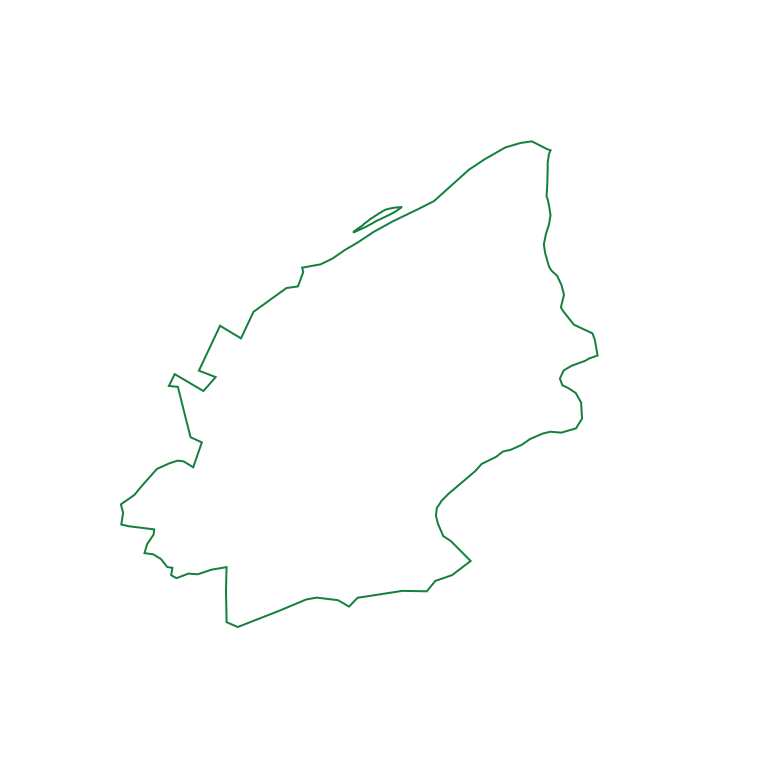 the district of Giza, Al Jizah, Egypt, rotated 295°
{"feature_id": "37247803B59036266241246", "entity_name": "Giza", "entity_type": "district", "adm_level": 2, "iso_a3": "EGY", "parent_name": "Egypt", "parent_adm1": "Al Jizah", "projection": "albers", "projection_center": [31.23, 29.943], "detail": "fine", "context": "isolated", "style": "outline", "palette": "green", "viewbox_px": 768, "rotation_deg": 295, "n_neighbors": 0, "source": "geoboundaries", "source_scale": "gbopen_adm2", "svg_char_len": 3839}
<svg xmlns="http://www.w3.org/2000/svg" viewBox="0 0 768 768"><g transform="rotate(295 384 384)"><path d="M101.6,342.0L101.9,354.1L133.7,384.4L155.9,404.6L162.0,413.4L168.6,433.6L167.5,446.4L179.1,450.4L204.3,488.1L214.2,510.4L227.2,513.7L239.6,526.5L260.2,537.3L269.9,511.0L271.2,502.0L280.2,491.9L286.5,486.8L294.2,484.2L298.6,485.1L302.0,485.4L311.8,488.9L313.2,489.5L328.1,496.4L341.3,502.4L343.8,503.6L352.7,506.2L365.4,516.4L373.0,520.3L378.0,526.7L385.5,533.2L386.9,534.4L395.8,539.6L406.0,548.6L411.1,555.0L414.8,565.2L425.0,576.8L427.1,577.0L436.4,578.1L442.2,574.9L450.5,570.5L456.9,561.5L458.2,552.6L458.2,546.2L463.3,541.1L472.2,541.1L479.8,546.3L484.9,551.4L490.0,556.5L493.8,559.1L500.1,565.5L512.9,556.6L518.0,551.5L518.0,542.6L518.0,531.1L525.7,515.7L528.3,511.9L541.0,509.4L548.7,503.0L555.1,495.4L557.6,487.7L560.2,483.9L570.4,475.0L578.0,469.9L582.1,468.9L588.2,467.4L598.4,466.1L607.3,463.6L615.0,458.5L620.1,454.7L622.6,452.1L632.0,448.4L635.4,447.0L639.3,445.3L644.2,443.1L647.9,441.6L652.0,439.6L653.7,438.9L657.7,437.6L662.3,436.3L666.2,436.2L665.8,432.8L666.4,415.5L660.2,405.9L649.7,394.0L630.6,380.5L614.1,370.4L592.5,361.2L586.4,358.6L570.9,352.0L556.9,341.0L535.1,323.2L517.7,310.5L501.2,300.4L489.1,292.0L476.1,284.4L475.7,284.1L475.4,283.9L475.2,283.7L465.6,275.9L456.0,262.3L454.9,260.6L451.4,263.5L436.1,264.8L429.7,255.0L414.5,246.5L394.2,235.2L364.9,235.1L367.5,210.8L317.9,210.6L319.1,228.5L301.3,223.3L304.5,190.1L291.3,189.9L294.3,198.4L269.5,218.5L254.0,231.2L254.1,243.6L227.9,246.3L229.2,235.0L227.3,229.3L221.1,222.7L211.0,214.1L205.0,212.3L200.0,210.8L195.7,209.5L188.6,207.4L183.2,206.0L178.4,204.8L171.8,201.1L168.6,199.2L163.7,196.4L162.4,197.5L158.8,200.5L157.1,202.0L145.6,205.3L147.2,212.7L155.1,237.1L150.2,238.8L138.6,237.0L129.5,238.4L132.1,246.8L131.1,255.8L126.5,264.9L128.0,269.9L120.7,271.9L120.3,277.9L129.5,286.9L132.9,295.7L142.9,306.2L151.5,318.7L130.2,328.0L115.3,335.3L101.6,342.0ZM551.4,325.1L551.5,325.1L551.7,324.9L551.6,324.7L551.4,324.4L551.3,324.2L551.2,324.1L550.7,323.4L550.4,322.7L550.0,322.0L549.6,321.3L549.3,320.7L549.0,320.3L548.8,319.8L548.5,319.4L548.2,319.0L547.9,318.5L547.0,317.2L546.0,315.9L545.5,315.1L545.2,314.7L544.8,314.3L544.5,313.9L544.2,313.5L543.8,313.1L543.5,312.7L543.2,312.4L542.9,312.1L542.7,311.9L542.5,311.7L542.2,311.5L542.0,311.2L541.7,311.0L541.5,310.8L541.2,310.6L541.0,310.4L540.7,310.2L540.4,310.0L539.2,309.2L537.9,308.4L536.7,307.5L535.4,306.7L534.5,306.2L533.6,305.6L532.6,305.0L531.7,304.4L530.8,303.9L529.9,303.3L529.0,302.7L528.1,302.1L527.8,302.0L527.5,301.8L527.3,301.7L527.0,301.5L526.8,301.4L526.5,301.3L525.4,300.8L524.8,300.5L524.0,300.0L523.4,299.7L522.6,299.2L522.0,298.9L521.6,298.7L521.4,298.6L521.2,298.5L521.0,298.4L520.8,298.3L520.5,298.2L520.3,298.2L520.1,298.1L519.9,298.0L519.6,297.9L519.4,297.9L519.2,297.8L519.0,297.7L518.8,297.6L518.6,297.5L518.4,297.4L518.2,297.3L517.6,297.0L517.2,296.7L516.8,296.5L516.4,296.2L515.8,295.8L515.2,295.5L514.6,295.1L513.8,294.6L512.9,294.2L511.9,293.6L511.1,293.2L510.4,292.8L509.7,292.4L509.5,292.2L509.4,292.2L509.2,292.2L509.1,292.3L508.9,292.4L509.0,292.5L509.1,292.8L509.2,293.0L509.3,293.0L509.6,293.3L509.9,293.5L510.5,294.1L511.2,294.6L511.8,295.1L512.4,295.6L513.2,296.4L514.1,297.2L515.0,297.9L515.8,298.7L517.4,300.0L518.2,300.7L519.1,301.4L520.8,302.6L522.5,303.9L524.0,305.0L525.3,305.9L526.7,306.9L527.4,307.4L528.1,307.9L529.4,308.9L530.6,309.9L531.8,311.0L533.1,312.0L534.2,312.9L535.3,313.8L536.4,314.7L537.5,315.6L538.8,316.7L540.2,317.8L541.5,318.8L542.9,319.9L543.7,320.5L544.5,321.0L544.9,321.3L545.2,321.5L545.5,321.7L545.8,321.9L546.1,322.1L547.0,322.6L547.9,323.1L548.8,323.6L549.6,324.1L549.8,324.3L550.0,324.4L550.2,324.5L550.3,324.5L550.6,324.7L550.8,324.8L551.1,324.9L551.3,325.0L551.4,325.1Z" fill="none" stroke="#15803d" stroke-width="2"/></g></svg>